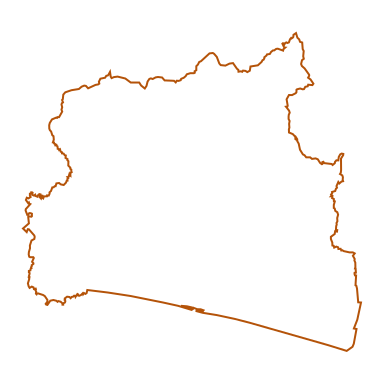 Kebumen, Jawa Tengah, Indonesia (Natural Earth projection)
{"feature_id": "22746128B26305825050369", "entity_name": "Kebumen", "entity_type": "district", "adm_level": 2, "iso_a3": "IDN", "parent_name": "Indonesia", "parent_adm1": "Jawa Tengah", "projection": "natural_earth1", "projection_center": [109.604, -7.644], "detail": "fine", "context": "isolated", "style": "outline", "palette": "amber", "viewbox_px": 384, "rotation_deg": 0, "n_neighbors": 0, "source": "geoboundaries", "source_scale": "gbopen_adm2", "svg_char_len": 5764}
<svg xmlns="http://www.w3.org/2000/svg" viewBox="0 0 384 384"><path d="M62.1,100.0L63.0,102.4L61.9,103.2L61.5,104.5L62.2,107.2L61.5,109.7L62.2,111.6L59.1,117.1L57.4,117.1L57.0,117.9L56.0,117.7L52.0,119.4L49.8,122.9L49.2,125.2L49.3,128.6L49.9,130.2L51.1,131.5L52.3,135.2L53.5,136.2L53.8,139.7L52.9,142.4L54.0,142.6L54.1,143.5L55.1,144.0L55.3,145.4L56.0,145.4L56.1,144.6L56.4,144.7L56.7,145.8L57.5,146.4L57.7,148.8L58.6,148.9L59.1,150.0L60.0,149.3L60.7,151.7L62.0,152.3L62.0,153.4L63.6,153.6L64.7,155.2L65.8,155.5L65.5,157.9L67.5,159.1L67.4,160.2L68.4,161.2L68.3,165.6L70.3,167.6L70.3,168.8L71.3,169.6L71.3,171.4L71.7,172.1L70.3,173.1L70.4,175.4L69.9,174.9L69.7,175.9L69.3,175.9L69.1,175.0L68.5,177.0L67.5,177.1L68.2,178.2L67.4,178.9L67.5,180.6L66.7,180.7L66.0,182.6L63.7,185.0L60.8,184.4L59.1,183.0L56.4,183.4L55.6,186.2L54.7,186.2L53.6,187.3L52.3,187.4L51.0,191.0L49.5,192.4L49.6,193.7L48.7,195.6L47.1,195.4L47.0,196.3L43.9,196.4L43.2,198.4L42.4,197.8L42.4,195.7L41.7,195.6L41.0,198.5L39.6,197.0L40.4,195.8L40.5,194.4L39.3,194.1L38.9,194.9L37.9,195.3L37.4,196.7L35.6,196.0L35.2,194.7L34.0,195.6L32.2,194.8L32.6,192.7L32.2,192.4L31.2,192.3L30.9,193.5L29.9,193.7L29.9,195.7L30.6,197.0L28.4,198.4L26.8,197.7L25.9,200.0L28.2,203.2L28.9,202.5L29.3,203.7L30.3,204.1L25.8,209.1L25.6,210.5L27.3,214.9L28.2,214.7L29.3,213.1L30.7,213.2L31.9,213.7L31.9,216.2L31.4,216.7L29.2,216.4L28.2,216.9L28.9,223.4L23.0,228.5L26.7,232.1L27.8,229.2L28.9,229.3L34.3,235.5L34.7,236.9L34.3,239.0L31.5,240.5L29.9,245.5L30.0,248.3L28.9,252.0L28.7,254.4L29.2,256.7L30.1,257.2L33.3,257.2L33.8,258.0L32.1,261.8L33.4,263.2L33.4,263.9L31.7,265.2L31.8,266.1L31.1,267.2L31.5,268.1L30.7,268.6L30.4,270.4L28.9,270.9L28.9,272.4L29.5,272.8L29.6,273.8L29.0,275.7L29.4,276.6L28.8,277.1L29.3,277.6L29.0,278.0L29.3,278.8L27.9,283.4L28.7,286.4L29.6,287.9L31.8,286.6L33.5,287.4L33.9,289.0L35.7,288.6L35.9,289.4L35.2,289.9L36.2,291.6L35.9,293.6L36.6,294.3L37.1,293.4L38.1,293.4L43.1,295.0L44.8,296.1L47.4,299.9L47.4,301.6L45.7,303.9L46.2,304.6L47.4,304.9L50.3,300.7L53.4,300.0L56.5,300.8L57.5,301.8L58.4,301.1L60.6,301.7L62.5,303.4L62.5,304.7L63.2,304.7L63.2,303.3L64.8,302.6L65.3,301.6L65.2,300.4L64.6,299.9L65.1,299.1L64.8,298.4L67.1,296.7L69.5,297.0L70.6,298.2L71.8,296.9L73.3,296.6L74.1,295.7L75.2,295.8L75.5,296.9L77.4,294.0L78.1,294.4L78.1,295.5L79.2,295.8L81.0,295.0L82.7,293.3L83.1,294.4L84.1,293.1L85.4,293.9L86.6,293.1L87.3,290.0L107.7,292.5L130.6,296.0L163.0,302.5L178.0,305.8L191.6,309.9L192.6,309.2L191.6,308.3L186.8,307.8L180.9,305.8L186.9,306.3L191.7,307.4L192.1,308.0L193.0,307.6L197.2,309.2L200.7,309.3L203.5,310.3L202.5,311.7L199.6,310.9L195.6,310.9L202.7,312.8L216.9,315.1L234.7,318.9L249.5,322.7L328.3,345.2L346.7,350.9L352.5,346.8L353.8,343.7L356.5,329.0L353.9,328.5L357.3,319.7L361.0,302.5L358.2,302.3L357.0,288.5L356.3,285.7L355.5,285.3L356.1,275.5L355.0,275.4L354.5,273.9L354.6,272.8L355.9,272.6L355.6,268.6L355.0,268.5L355.4,267.1L355.3,262.6L354.4,260.4L354.7,259.0L352.9,255.8L354.7,253.4L352.8,252.4L349.6,252.4L343.7,251.1L342.3,250.2L341.3,250.5L340.6,248.8L338.4,249.0L338.1,247.3L336.3,246.6L334.2,247.6L333.7,245.8L332.4,245.5L332.3,242.6L330.9,239.0L330.9,236.8L334.7,234.0L335.1,231.3L337.0,231.6L337.2,230.1L335.9,230.0L336.2,226.0L336.7,224.7L336.5,223.0L337.4,221.3L337.2,218.0L338.1,214.7L337.3,212.2L335.3,210.9L334.7,208.5L333.8,208.0L333.8,204.9L334.8,201.4L333.9,201.2L333.8,198.9L332.1,198.1L332.4,196.1L331.0,196.2L331.8,195.2L331.1,194.5L332.2,193.1L332.0,192.0L335.2,191.0L335.9,188.8L337.0,187.7L336.5,186.1L338.3,182.0L339.3,183.5L341.6,181.5L343.1,181.2L342.7,179.8L342.9,177.2L342.3,175.4L340.0,174.0L340.8,172.7L341.1,170.1L341.0,158.6L343.2,155.1L343.3,153.9L341.6,153.6L340.2,154.4L338.8,156.9L338.3,160.4L336.4,160.3L335.0,161.9L334.8,163.2L332.6,165.0L331.7,164.0L324.1,163.1L323.4,161.8L322.4,162.1L322.3,164.0L321.9,164.2L320.1,162.9L317.8,159.3L315.6,158.4L312.0,158.9L310.1,157.3L306.2,157.3L304.5,155.2L302.9,154.4L300.0,149.7L298.7,143.6L297.3,141.2L297.2,139.2L296.1,137.5L295.7,139.3L295.4,139.1L295.3,136.8L292.8,134.1L289.0,132.5L288.9,129.3L289.4,127.6L289.1,123.9L289.6,121.0L288.6,119.0L288.6,116.5L288.8,114.7L289.7,112.7L289.1,110.7L286.0,106.7L287.4,106.5L287.7,105.7L286.6,99.3L289.0,95.0L292.0,95.1L295.7,93.2L296.4,92.3L296.5,89.7L297.0,89.3L300.2,88.5L302.7,89.3L304.0,89.1L305.3,86.8L307.7,86.3L308.2,84.7L312.4,85.1L313.4,83.7L310.5,79.4L308.1,77.7L309.2,75.7L309.1,74.7L304.6,68.4L301.9,66.0L301.1,64.0L302.0,60.2L303.8,58.8L303.2,56.3L303.7,51.0L302.7,49.1L302.2,42.5L300.0,41.8L299.2,39.4L297.4,37.7L296.0,33.1L293.5,34.8L293.3,36.9L292.8,37.6L291.5,38.5L291.1,38.0L290.0,39.3L288.9,42.4L287.3,43.0L286.3,42.4L285.2,43.0L284.4,44.4L284.0,43.6L283.0,43.2L282.4,43.7L284.2,47.5L285.2,47.6L283.4,49.2L283.1,50.6L277.8,48.7L276.2,48.9L274.2,50.4L273.0,50.4L271.1,51.9L269.8,54.0L267.0,54.4L266.5,55.5L264.3,57.3L264.4,58.1L263.6,59.7L262.5,60.2L261.6,61.9L257.9,65.3L250.5,66.5L249.8,70.7L247.3,72.1L245.5,70.9L243.0,70.6L242.2,71.8L241.0,71.3L238.5,71.7L238.3,69.8L237.0,68.8L233.0,63.1L229.5,63.6L225.4,65.6L220.7,65.1L219.3,63.5L216.8,56.9L214.1,53.8L212.8,53.0L209.5,53.4L201.0,61.2L199.2,62.0L197.9,64.6L196.3,66.2L196.3,70.2L194.6,71.3L194.8,72.7L193.9,73.2L190.3,73.2L186.8,74.3L185.7,76.1L183.7,77.8L181.2,78.8L180.7,80.2L178.6,80.9L176.8,80.7L175.7,82.4L174.0,80.8L164.6,80.4L162.1,77.5L158.0,77.0L155.6,77.4L152.7,79.0L150.9,78.4L149.4,78.9L147.6,81.5L146.5,85.9L144.8,88.5L141.1,85.5L139.2,82.5L130.7,82.5L125.3,78.5L117.6,76.6L113.9,77.1L111.6,78.1L110.7,76.6L110.0,71.9L108.5,74.7L107.8,75.5L106.3,75.8L105.1,77.7L100.4,78.7L98.9,81.7L99.3,83.6L98.2,84.4L95.5,84.9L88.1,88.3L85.9,85.9L84.2,85.6L81.6,86.7L78.9,89.0L71.5,90.2L65.3,92.3L63.3,94.6L62.8,99.2L62.1,100.0Z" fill="none" stroke="#b45309" stroke-width="2"/></svg>